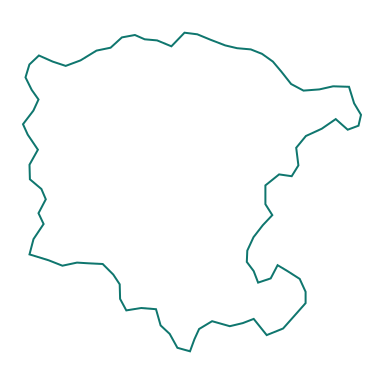 the district of São José do Mantimento, Minas Gerais, Brazil
{"feature_id": "56859067B49597829255127", "entity_name": "São José do Mantimento", "entity_type": "district", "adm_level": 2, "iso_a3": "BRA", "parent_name": "Brazil", "parent_adm1": "Minas Gerais", "projection": "albers", "projection_center": [-41.765, -20.025], "detail": "fine", "context": "isolated", "style": "outline", "palette": "teal", "viewbox_px": 384, "rotation_deg": 0, "n_neighbors": 0, "source": "geoboundaries", "source_scale": "gbopen_adm2", "svg_char_len": 1176}
<svg xmlns="http://www.w3.org/2000/svg" viewBox="0 0 384 384"><path d="M349.0,86.8L333.1,86.3L319.4,89.4L303.5,90.6L291.1,84.0L281.4,71.7L272.9,61.6L262.1,53.9L250.8,49.4L237.1,48.2L225.2,45.4L210.4,39.7L197.3,34.3L184.5,32.7L171.4,46.3L157.1,40.4L144.7,39.3L134.9,35.0L121.9,37.4L110.6,47.7L96.5,50.6L80.5,60.4L65.7,65.9L52.7,61.6L38.9,55.5L29.4,64.5L25.5,77.4L31.7,89.9L38.5,99.5L33.4,110.6L23.0,124.2L27.7,134.6L37.9,149.7L29.5,164.7L29.9,179.3L41.4,189.0L45.8,199.3L38.5,213.2L43.6,224.0L33.5,239.1L29.5,254.4L48.7,260.3L62.4,265.7L77.0,262.6L88.5,263.3L102.7,264.0L113.3,274.6L119.7,284.3L120.1,298.9L126.3,310.4L141.1,308.0L156.0,309.2L160.6,325.4L169.7,333.9L177.4,347.8L190.0,351.3L194.4,339.3L199.1,329.0L212.1,321.2L229.8,326.2L242.8,323.1L253.7,318.9L266.7,335.1L283.1,328.5L295.0,315.1L305.6,303.1L305.6,291.8L299.7,278.9L287.5,271.1L277.6,265.2L270.7,278.4L258.1,282.6L253.7,271.1L246.8,261.9L247.3,250.6L253.5,237.2L262.8,225.2L272.3,215.1L265.4,204.2L265.4,185.4L279.1,174.4L291.7,176.2L298.4,165.4L296.2,147.8L305.9,136.0L321.8,128.7L335.7,119.1L347.7,129.7L358.5,125.7L361.0,114.8L354.1,103.3L349.0,86.8Z" fill="none" stroke="#0f766e" stroke-width="2"/></svg>